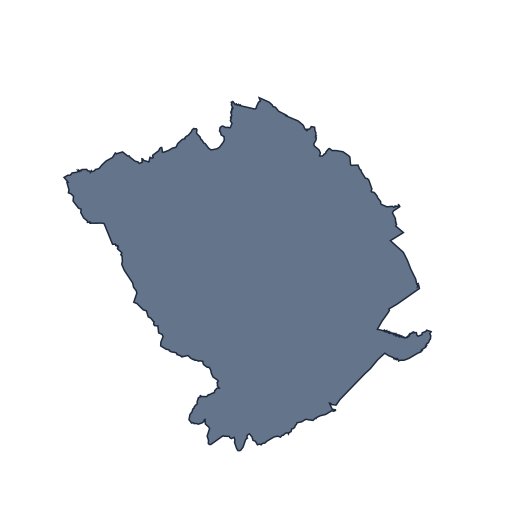 Alfajayucan, Hidalgo, Mexico (Mercator projection), rotated 56°
{"feature_id": "50627088B1030892779314", "entity_name": "Alfajayucan", "entity_type": "district", "adm_level": 2, "iso_a3": "MEX", "parent_name": "Mexico", "parent_adm1": "Hidalgo", "projection": "mercator", "projection_center": [-99.403, 20.41], "detail": "fine", "context": "isolated", "style": "filled", "palette": "slate", "viewbox_px": 512, "rotation_deg": 56, "n_neighbors": 0, "source": "geoboundaries", "source_scale": "gbopen_adm2", "svg_char_len": 6135}
<svg xmlns="http://www.w3.org/2000/svg" viewBox="0 0 512 512"><g transform="rotate(56 256 256)"><path d="M416.7,153.1L412.9,156.0L413.5,157.5L412.6,161.1L414.0,162.6L413.1,166.6L411.5,166.8L409.2,165.9L407.7,168.1L407.1,167.8L406.7,169.1L407.3,169.4L406.4,171.7L407.1,171.9L406.7,173.0L407.9,173.4L407.4,174.6L408.0,174.8L407.5,176.0L408.1,176.2L407.0,178.5L406.5,178.3L406.0,179.4L405.4,179.2L404.9,180.4L403.8,179.9L403.6,181.2L403.0,180.9L403.1,182.2L401.9,181.6L402.0,182.8L400.8,182.4L400.7,183.6L400.1,183.3L400.2,184.5L398.7,183.5L398.6,184.8L398.0,184.5L398.1,185.7L397.0,185.2L396.6,186.4L396.0,186.2L395.4,187.3L394.8,187.1L394.7,188.4L393.6,187.8L393.7,189.0L392.6,188.6L392.3,189.9L391.1,189.3L391.1,190.6L390.5,190.3L390.4,191.6L389.2,191.1L389.1,192.3L384.6,196.3L380.5,188.0L376.8,178.0L375.6,175.7L374.2,175.5L374.8,165.4L374.3,138.7L371.6,137.6L371.8,139.3L369.6,137.0L369.3,138.5L364.4,136.5L353.8,135.1L344.1,132.9L335.4,131.8L318.4,136.0L319.0,120.7L309.3,123.4L308.3,121.7L306.5,121.7L306.3,121.0L305.0,120.8L303.0,119.5L296.4,118.7L295.5,116.7L295.5,109.2L294.1,108.9L293.2,109.2L294.5,110.5L292.3,112.7L292.9,113.3L292.7,114.5L291.1,115.1L288.5,119.9L283.4,123.2L282.3,123.3L280.5,122.2L276.2,122.6L274.0,122.1L270.4,122.3L269.1,122.7L267.4,124.4L266.6,124.2L265.2,122.4L256.0,120.0L254.1,120.4L252.7,121.8L245.4,121.6L243.5,120.9L241.8,121.5L237.7,120.6L234.1,126.3L233.3,126.6L226.3,122.8L224.2,123.3L218.2,125.6L213.3,130.7L211.2,133.9L208.1,134.9L207.7,135.6L208.7,139.4L209.8,141.0L209.7,143.1L210.2,143.9L210.1,145.4L208.5,147.3L206.6,145.0L203.3,144.4L197.8,146.0L196.3,145.9L195.1,145.0L193.6,141.7L191.8,139.9L190.5,140.2L190.1,138.8L189.3,139.0L187.3,137.4L185.5,137.2L182.0,135.4L179.6,137.8L180.8,140.6L179.8,142.3L180.2,142.1L180.5,143.7L179.3,143.5L179.1,144.2L177.6,144.4L174.1,143.7L167.7,145.5L156.5,152.8L156.5,152.0L148.6,156.3L143.6,156.7L141.5,158.4L139.7,158.1L135.8,159.1L129.0,163.3L126.5,164.9L130.1,165.9L129.9,167.9L132.7,172.5L133.5,172.8L133.6,174.7L123.1,184.5L121.9,184.5L122.0,185.5L120.6,185.6L120.6,187.2L118.9,187.2L118.8,188.5L114.9,188.8L114.7,190.6L116.1,190.7L116.9,191.9L120.6,192.5L120.9,193.2L120.3,193.6L122.0,194.9L122.0,195.5L122.9,195.7L122.7,196.5L126.0,197.6L126.6,199.2L127.1,198.9L127.4,199.8L128.1,199.7L129.5,201.6L132.6,201.7L135.1,205.5L134.8,206.4L133.6,207.3L132.6,209.2L129.8,210.8L129.3,211.6L129.4,213.9L132.0,216.4L133.7,216.3L136.1,217.2L139.1,215.8L141.9,217.3L143.1,218.9L145.4,225.3L145.3,228.4L143.0,233.9L140.2,235.0L134.4,235.3L133.1,236.1L129.4,236.0L128.5,236.5L125.9,235.8L121.7,236.6L120.8,236.5L118.1,234.3L117.0,234.4L116.4,235.7L115.5,236.2L115.7,238.4L116.7,239.8L118.1,244.6L117.8,247.2L118.2,248.8L119.1,249.4L118.1,251.8L119.0,257.9L121.1,261.6L119.8,265.0L119.6,269.4L118.4,274.5L117.6,275.4L113.3,273.5L112.9,274.2L113.1,275.9L114.3,277.7L114.7,285.3L115.3,285.9L116.7,286.0L117.0,286.7L116.6,287.7L114.9,288.7L118.1,292.2L113.9,295.7L112.3,295.6L111.6,296.2L114.7,298.0L113.8,301.2L112.0,301.2L109.8,303.2L103.7,305.2L102.1,305.2L101.3,306.5L95.1,308.4L93.2,314.5L91.9,315.0L94.1,319.9L93.4,327.1L94.4,333.0L95.6,336.7L95.4,338.6L94.5,340.4L95.0,342.7L94.1,345.3L93.4,345.0L93.9,346.4L93.1,345.9L91.2,347.9L89.6,347.9L87.0,351.8L87.6,353.4L86.8,353.5L86.7,354.7L85.9,355.0L86.8,355.3L85.8,355.9L86.6,355.9L86.4,357.7L84.5,361.5L84.3,362.8L84.9,363.5L85.1,365.0L83.8,366.8L83.5,371.2L89.7,370.5L89.2,371.6L96.5,374.0L98.7,376.2L100.9,374.7L104.5,373.9L108.1,376.9L117.0,376.4L119.4,374.8L122.0,377.0L128.0,377.6L132.8,376.2L133.9,376.9L135.0,374.6L136.0,375.3L142.6,365.3L144.2,363.8L166.1,368.4L167.6,365.9L168.8,366.4L168.9,365.9L169.8,365.8L170.2,364.8L170.8,365.3L171.6,365.1L172.0,366.5L173.4,366.3L173.5,366.7L177.8,365.4L179.0,366.1L179.0,367.1L180.3,367.4L180.8,367.0L181.9,367.5L186.2,370.1L186.9,371.2L188.3,372.1L194.3,373.2L209.2,373.3L213.5,375.0L217.8,374.7L220.1,375.5L226.0,383.2L229.0,381.2L237.6,379.6L240.2,377.5L246.2,379.4L248.5,378.0L252.9,377.7L253.5,377.3L255.2,378.9L256.9,379.1L259.1,376.5L265.3,379.7L268.5,377.7L270.8,378.1L274.2,383.0L277.2,385.3L283.2,382.6L284.7,380.8L286.0,380.5L286.1,380.8L287.8,380.1L291.3,376.5L293.6,376.1L293.7,376.5L296.1,374.6L298.3,373.9L298.1,373.1L298.7,372.6L300.5,368.0L304.2,367.3L306.5,366.1L306.8,365.4L307.9,365.3L309.3,363.5L311.1,362.4L311.5,361.1L313.6,359.0L315.9,360.1L317.3,360.0L320.9,358.7L322.2,357.1L325.2,357.3L328.2,358.6L332.3,359.3L337.8,357.1L338.9,357.6L339.1,359.0L340.8,359.6L341.9,360.6L344.9,360.3L343.8,362.2L344.5,365.4L346.0,367.0L345.2,369.4L345.0,372.3L344.3,373.0L345.0,375.5L341.9,379.9L340.8,380.0L340.8,380.6L341.7,380.7L341.3,383.0L343.9,386.3L345.7,387.4L345.9,389.6L346.7,391.9L347.5,392.6L347.5,393.9L349.4,396.2L350.4,399.3L354.2,403.1L358.5,402.8L358.9,401.5L360.2,401.2L361.4,399.3L363.2,397.8L364.2,394.0L364.1,391.9L362.9,390.4L363.0,389.6L366.9,391.9L371.6,390.8L373.1,391.0L378.1,397.3L382.0,398.3L384.8,400.4L386.1,400.1L387.0,398.9L386.6,383.9L387.6,383.2L390.5,379.1L391.8,379.3L393.6,378.5L394.1,375.6L396.7,376.3L398.4,378.0L404.7,379.7L407.2,379.8L408.3,378.3L408.4,377.0L407.2,373.6L402.4,367.2L402.2,365.0L401.6,365.2L399.7,363.5L399.7,360.9L403.8,360.5L407.2,361.6L408.4,360.5L409.8,360.1L413.3,360.4L413.9,358.2L415.4,357.4L415.0,355.3L416.1,353.2L415.6,350.7L416.1,342.2L417.4,338.9L419.9,336.9L419.2,334.7L419.9,333.6L419.3,330.6L420.5,328.4L421.7,328.6L420.9,327.3L421.2,325.1L419.4,323.3L419.9,321.6L419.6,319.5L418.6,318.4L418.2,316.7L417.2,315.3L419.0,310.8L419.2,306.1L424.2,300.7L423.7,297.6L424.3,297.1L423.8,296.0L424.4,291.9L426.3,286.9L426.6,280.0L428.1,278.4L428.5,276.5L427.9,276.2L425.6,278.5L419.0,277.4L419.5,276.8L421.6,276.2L424.4,273.0L421.9,266.6L414.4,231.3L413.4,224.4L410.0,212.9L408.6,203.6L412.6,201.9L417.1,198.9L418.2,199.2L418.5,198.2L419.5,198.4L419.4,197.1L420.5,197.3L420.5,196.0L422.8,196.5L422.9,195.1L425.2,191.5L426.4,186.5L427.0,176.4L427.7,172.9L427.1,172.6L427.4,171.1L426.4,171.1L426.5,165.9L426.9,165.8L425.5,165.8L425.6,164.5L424.4,164.2L424.2,161.4L422.6,159.0L422.5,158.0L419.9,155.7L417.6,155.4L416.7,153.1Z" fill="#64748b" stroke="#1e293b" stroke-width="1.5"/></g></svg>